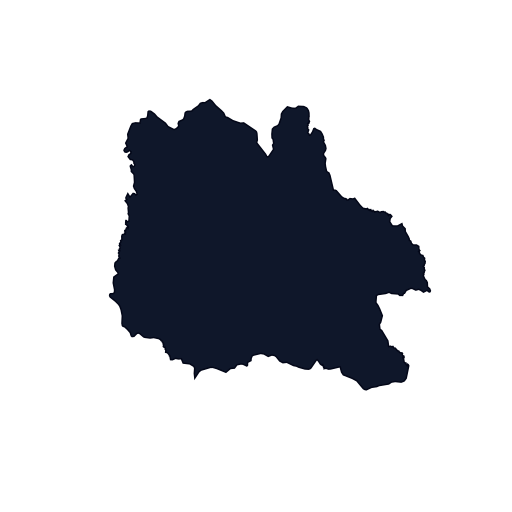 outline of Khamcha-I, Mukdahan, Thailand, rotated 334°
{"feature_id": "78962969B9288623965853", "entity_name": "Khamcha-I", "entity_type": "district", "adm_level": 2, "iso_a3": "THA", "parent_name": "Thailand", "parent_adm1": "Mukdahan", "projection": "equal_earth", "projection_center": [104.357, 16.612], "detail": "fine", "context": "isolated", "style": "filled", "palette": "ink", "viewbox_px": 512, "rotation_deg": 334, "n_neighbors": 0, "source": "geoboundaries", "source_scale": "gbopen_adm2", "svg_char_len": 6140}
<svg xmlns="http://www.w3.org/2000/svg" viewBox="0 0 512 512"><g transform="rotate(334 256 256)"><path d="M128.2,199.7L126.2,200.5L124.5,203.2L123.8,206.9L124.7,210.5L124.3,211.7L119.0,212.6L115.9,217.6L114.1,224.4L112.7,226.8L111.2,227.2L108.5,226.1L107.6,226.6L107.0,227.6L107.0,229.0L109.9,235.1L111.3,239.2L111.6,241.6L111.2,245.2L109.6,251.2L106.0,257.8L105.4,260.0L105.7,260.9L106.9,262.0L108.3,265.6L109.4,269.7L108.9,273.1L109.3,274.1L111.1,274.7L114.8,273.4L116.5,273.6L117.6,274.9L119.6,279.5L120.5,280.4L124.9,283.3L128.3,284.4L132.4,287.6L133.5,289.3L133.7,290.6L134.3,291.3L134.1,292.2L134.6,293.1L134.2,293.8L134.4,294.3L134.0,294.5L134.2,295.1L133.0,296.8L133.7,298.2L134.3,298.3L133.9,299.8L133.5,300.1L133.7,301.2L132.6,302.9L134.0,304.1L134.7,307.0L134.4,307.8L134.8,308.2L133.8,311.7L135.4,312.6L138.8,312.7L141.2,314.5L143.9,315.6L143.6,320.3L149.2,323.9L151.8,328.0L151.7,330.0L149.1,334.5L147.5,338.9L153.9,335.1L156.5,334.5L166.1,336.1L168.3,337.1L171.4,339.9L178.0,347.3L183.7,345.9L187.5,347.3L191.2,345.4L195.0,346.4L196.9,347.5L199.5,350.8L200.4,350.5L201.8,347.9L205.6,347.8L206.7,345.9L208.7,344.1L210.3,344.0L217.5,345.6L220.2,347.5L223.0,351.6L226.8,351.9L229.1,353.6L230.1,355.4L231.3,360.8L233.4,363.7L237.1,365.0L241.7,370.9L244.1,372.7L245.7,374.7L250.5,379.0L253.7,380.8L255.0,381.0L256.3,380.7L264.4,376.1L265.5,375.9L266.1,377.9L266.5,381.3L267.1,382.6L268.3,382.7L268.2,383.6L269.0,383.9L268.0,384.0L268.3,384.7L268.0,385.6L268.6,385.9L267.8,387.1L269.8,387.7L271.5,389.4L273.4,390.2L283.1,392.4L282.0,398.0L282.4,401.1L288.9,408.2L291.9,412.4L294.3,422.2L295.0,423.4L296.4,424.6L302.3,424.7L307.3,426.3L309.8,426.4L319.2,429.2L322.4,428.7L326.1,429.8L331.2,433.0L333.2,433.2L334.6,433.2L337.4,431.7L345.1,421.7L344.8,421.4L345.2,420.6L344.9,419.9L344.0,421.1L343.6,420.9L343.4,419.3L343.9,418.0L343.0,417.3L342.6,415.9L343.3,414.2L343.3,411.6L343.7,411.4L344.5,412.2L344.8,411.7L345.0,410.7L344.2,409.9L344.3,408.2L344.9,407.9L344.9,407.3L342.8,405.7L342.6,403.9L341.8,403.6L340.7,399.8L339.7,399.4L339.4,397.3L338.3,397.2L337.4,396.1L335.5,395.5L337.3,390.1L336.3,378.1L335.3,376.1L336.9,371.5L339.0,370.2L343.4,365.0L343.9,358.0L343.9,353.9L343.3,350.4L346.9,344.3L349.0,344.2L356.1,346.5L359.7,346.9L361.4,349.1L367.2,352.5L367.9,354.4L370.5,355.7L372.2,354.3L373.1,354.6L375.9,352.8L381.0,352.9L382.4,353.8L384.7,356.7L387.6,357.2L389.2,359.1L390.7,361.9L394.6,361.8L395.9,364.3L396.8,364.4L397.5,363.7L397.7,361.7L396.6,358.9L398.3,355.0L398.3,352.8L397.6,351.3L397.7,347.1L398.9,346.0L398.9,344.8L399.8,344.7L400.4,343.7L401.4,343.1L401.7,340.8L402.2,340.1L401.8,338.5L403.1,338.1L403.7,337.1L404.5,336.9L405.8,334.9L405.5,333.6L406.6,331.9L406.0,330.5L406.2,328.7L404.9,327.7L404.1,325.4L404.5,324.1L404.2,323.2L405.6,323.0L405.3,321.4L406.5,318.7L405.1,316.5L402.1,315.0L401.2,312.7L401.6,310.6L400.7,309.0L401.2,307.7L401.3,305.4L400.9,299.4L402.0,296.8L400.8,293.3L401.3,290.9L396.3,291.1L391.8,288.8L391.2,283.8L393.0,281.1L395.5,279.9L394.9,277.7L394.2,277.6L393.7,276.8L392.8,277.5L392.5,275.2L391.2,273.7L391.3,273.1L390.7,273.0L390.0,271.9L387.9,271.1L386.6,271.4L385.0,269.1L382.0,268.5L382.2,268.1L381.6,267.7L381.2,266.3L380.0,266.9L379.5,266.1L379.5,264.6L378.5,264.4L378.2,264.9L377.7,264.3L377.8,263.6L377.2,263.3L377.0,262.1L375.7,262.0L373.0,259.9L371.7,255.9L370.0,247.4L368.2,247.3L365.6,245.6L363.0,246.1L362.2,245.3L362.4,244.7L361.8,243.8L360.3,242.7L358.9,240.3L356.8,232.5L355.8,231.4L354.4,230.9L357.8,215.9L357.9,213.1L356.9,211.9L356.6,210.5L357.7,206.0L358.8,202.9L361.4,199.2L361.5,198.1L360.9,195.4L361.2,194.2L362.0,193.1L364.6,191.6L366.0,190.0L366.8,187.0L366.6,183.0L367.9,181.9L367.9,180.4L368.7,178.7L368.9,175.3L368.6,172.3L365.7,168.8L364.8,167.0L363.8,166.9L361.3,169.2L358.0,171.2L357.0,171.0L357.0,169.2L356.4,167.9L358.6,165.8L358.2,163.8L358.8,163.3L359.3,161.5L360.2,161.3L360.5,159.6L361.7,159.8L361.9,159.1L362.4,159.1L363.1,158.4L363.0,156.4L363.6,155.9L363.6,155.2L364.7,154.1L366.3,150.6L366.8,148.3L366.6,146.0L366.3,145.0L364.4,142.6L359.7,140.0L356.5,140.6L355.2,140.1L353.1,138.9L349.6,135.7L343.4,137.9L341.1,139.5L339.2,142.9L334.5,147.6L332.6,148.4L328.8,148.2L326.4,149.1L323.8,153.3L322.2,156.9L322.6,159.2L322.1,159.8L321.3,162.6L319.5,163.6L318.6,167.8L311.5,171.9L309.9,172.2L309.3,171.3L309.2,168.7L306.3,155.0L306.5,154.0L308.0,152.4L310.4,146.5L310.8,144.8L310.5,143.5L303.3,131.0L300.3,129.9L298.3,128.0L294.5,124.2L291.2,119.1L289.4,117.6L289.6,113.5L288.6,110.3L285.6,103.1L284.3,97.5L283.1,95.2L277.4,95.9L275.0,94.7L272.9,94.4L270.1,95.8L263.8,96.8L261.6,97.6L257.7,95.9L256.0,95.9L255.0,96.4L253.3,99.0L251.1,101.1L249.7,101.5L245.8,101.3L244.2,102.7L243.5,105.5L240.3,106.6L238.4,106.6L237.5,106.2L233.6,101.1L232.8,96.9L228.0,87.7L227.0,83.9L225.1,80.2L224.4,79.4L223.2,78.8L222.3,79.0L220.2,82.4L218.6,84.1L217.2,84.1L212.8,82.5L212.1,82.7L210.0,85.7L206.0,83.5L202.9,82.8L200.5,84.4L194.1,90.3L192.7,94.2L188.4,97.4L188.3,101.3L185.2,101.9L183.7,103.1L183.7,104.8L184.7,105.8L186.3,106.1L188.5,105.5L189.4,107.5L188.3,109.0L186.2,109.3L184.6,110.6L185.3,114.1L187.2,115.4L187.6,117.6L186.9,119.4L187.3,120.6L186.5,121.6L185.3,122.1L184.4,121.5L184.0,119.5L182.7,119.8L182.3,120.4L181.8,123.8L181.0,125.4L182.1,128.8L182.0,129.7L179.1,136.6L176.6,139.5L176.3,142.0L176.8,145.5L176.3,148.4L174.8,148.6L174.2,146.8L173.0,145.9L168.5,147.9L168.1,143.8L164.7,146.5L164.4,147.2L164.8,148.5L162.6,149.0L163.4,152.5L163.1,155.6L162.1,156.8L160.5,161.0L159.6,162.0L159.7,164.4L157.1,168.9L155.2,169.0L155.1,167.4L154.6,167.1L153.2,169.4L153.4,170.1L152.9,170.5L153.5,170.9L153.3,171.4L154.0,172.2L153.6,172.5L153.8,173.0L153.5,173.3L154.1,173.7L153.8,174.4L153.2,175.0L153.1,174.4L151.9,174.0L149.9,176.0L149.3,175.6L148.9,176.0L149.2,176.9L149.0,177.8L148.1,177.8L148.1,178.9L145.3,178.2L144.1,179.3L142.6,182.6L141.1,182.8L140.8,184.1L138.8,185.1L138.9,186.3L138.5,186.0L138.3,186.5L137.7,186.6L137.7,188.3L137.2,189.5L136.1,189.9L135.9,191.3L135.1,190.9L135.1,192.1L133.7,193.0L133.9,193.5L133.4,195.3L132.6,195.8L132.7,198.1L131.7,197.9L129.1,199.8L128.2,199.7Z" fill="#0f172a" stroke="#020617" stroke-width="1.5"/></g></svg>